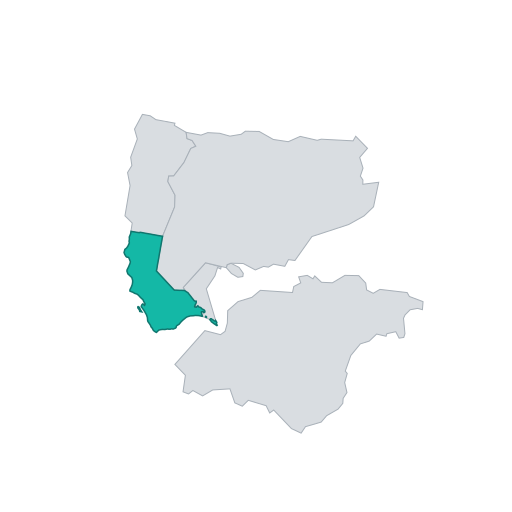 Oman highlighted among its neighbors, rotated 121°
{"feature_id": "OMN", "entity_name": "Oman", "entity_type": "country or territory", "adm_level": 0, "iso_a3": "OMN", "parent_name": "Asia", "parent_adm1": "", "projection": "robinson", "projection_center": [56.004, 21.502], "detail": "fine", "context": "with_neighbors", "style": "filled", "palette": "teal", "viewbox_px": 512, "rotation_deg": 121, "n_neighbors": 5, "source": "natural_earth", "source_scale": "50m", "svg_char_len": 5478}
<svg xmlns="http://www.w3.org/2000/svg" viewBox="0 0 512 512"><g transform="rotate(121 256 256)"><path d="M283.4,280.2L285.3,279.6L285.7,283.0L294.2,281.0L309.7,281.7L332.0,257.4L334.1,261.7L335.5,271.6L330.0,271.7L329.1,279.9L331.0,281.6L326.1,284.1L326.1,289.3L320.4,302.2L287.8,295.8L283.4,280.2Z" fill="#d9dde1" stroke="#a8b0b8" stroke-width="1"/><path d="M275.1,273.8L274.5,264.6L277.4,258.0L280.4,256.7L283.6,260.6L283.7,268.0L281.3,275.4L278.3,276.3L275.1,273.8Z" fill="#d9dde1" stroke="#a8b0b8" stroke-width="1"/><path d="M251.9,208.7L246.2,202.1L246.2,195.4L242.8,195.4L244.8,186.3L239.6,176.7L226.8,169.8L219.9,157.8L222.7,148.0L228.1,143.7L227.6,136.3L220.8,132.6L209.5,107.6L211.7,103.7L209.1,89.3L216.3,85.7L217.7,90.5L222.7,96.2L229.7,97.9L233.4,97.5L245.9,88.3L249.7,87.4L252.7,91.0L248.9,97.2L255.2,103.8L257.8,103.2L260.8,112.4L270.6,115.1L277.6,121.3L292.4,123.5L308.7,120.2L309.7,117.3L318.8,114.8L326.2,107.7L333.1,108.0L337.6,105.7L345.0,106.8L356.5,113.2L364.8,114.6L376.8,125.7L384.6,126.1L385.7,136.7L378.9,161.5L383.5,163.4L379.1,170.2L383.7,188.3L391.8,190.4L392.8,198.5L383.3,209.9L393.1,224.1L403.4,229.7L403.8,240.8L409.0,242.8L410.0,248.6L394.6,255.1L390.7,269.7L346.3,261.4L341.7,245.9L336.5,243.7L328.3,246.0L317.4,252.1L304.3,247.9L293.5,238.2L283.2,234.6L268.5,205.9L262.7,207.9L256.0,203.8L251.9,208.7Z" fill="#d9dde1" stroke="#a8b0b8" stroke-width="1"/><path d="M287.5,346.2L299.5,375.8L291.5,379.1L289.1,389.0L260.5,400.2L250.6,409.1L242.4,409.0L235.9,414.3L216.8,418.0L209.8,425.5L193.1,426.3L190.3,418.9L190.7,412.1L183.9,393.9L186.1,393.2L186.0,379.6L190.9,375.6L189.9,370.3L192.9,364.1L197.4,367.3L213.0,365.9L229.8,367.8L232.5,372.0L237.6,369.9L245.6,356.7L255.9,351.0L287.5,346.2Z" fill="#d9dde1" stroke="#a8b0b8" stroke-width="1"/><path d="M106.3,215.9L118.1,217.9L125.6,209.5L133.8,207.7L135.8,203.5L139.5,201.4L129.6,188.8L153.3,180.6L165.9,184.0L181.3,192.8L210.5,218.1L239.8,220.3L242.4,226.3L250.0,226.0L254.0,236.8L259.2,239.7L261.0,244.1L268.3,249.4L269.0,263.0L275.1,273.8L278.3,276.3L281.3,275.4L287.8,295.8L320.4,302.2L322.6,299.5L327.6,308.4L320.3,333.6L287.5,346.2L255.9,351.0L245.6,356.7L237.6,369.9L232.5,372.0L229.8,367.8L213.0,365.9L197.4,367.3L192.9,364.1L189.9,370.3L190.9,375.6L186.0,379.6L180.7,365.4L175.1,360.9L169.5,350.3L166.7,340.1L159.3,331.4L154.5,329.4L147.6,317.4L147.2,301.2L141.4,287.2L130.7,279.7L125.3,263.1L122.3,260.3L107.3,232.1L102.0,232.2L106.3,215.9Z" fill="#d9dde1" stroke="#a8b0b8" stroke-width="1"/><path d="M299.2,375.8L298.6,374.1L297.9,372.5L297.3,370.8L296.6,369.2L296.1,368.0L295.4,367.6L294.9,366.4L294.4,365.1L293.9,363.8L293.5,362.6L293.0,361.3L292.5,360.1L292.0,358.8L291.5,357.6L291.1,356.3L290.6,355.0L290.1,353.8L289.6,352.5L289.2,351.3L288.7,350.0L288.2,348.8L287.7,347.5L287.2,346.2L288.8,345.7L290.7,344.9L292.6,344.2L294.4,343.5L296.3,342.8L298.2,342.1L300.1,341.3L302.0,340.6L303.9,339.9L305.7,339.2L307.6,338.4L309.5,337.7L311.4,337.0L313.3,336.3L315.1,335.6L317.0,334.8L318.9,334.1L320.1,333.7L320.6,332.0L321.0,330.6L321.4,329.2L321.8,327.8L322.2,326.4L322.6,325.0L323.0,323.6L323.4,322.2L323.8,320.8L324.2,319.5L324.6,318.1L325.0,316.7L325.4,315.3L325.8,313.9L326.2,312.5L326.6,311.1L327.0,309.7L327.3,308.4L326.6,307.2L325.7,305.5L324.8,303.8L323.8,302.2L323.2,301.0L322.4,299.6L322.5,297.7L322.5,296.8L322.5,295.4L323.3,293.5L324.2,291.0L324.9,289.3L325.4,287.9L325.9,286.7L326.2,285.6L326.0,284.7L325.7,284.4L325.5,284.0L326.3,283.4L327.9,283.0L328.8,283.1L330.1,282.8L331.1,282.5L331.2,282.1L330.9,281.5L330.5,280.6L329.1,280.5L328.6,280.2L329.1,278.9L329.1,278.4L328.9,277.9L328.7,277.1L328.8,276.0L329.1,275.3L329.1,274.7L329.0,273.4L329.0,272.4L329.3,271.8L329.8,271.3L330.3,271.0L330.8,271.1L331.2,271.3L331.4,271.9L331.3,272.2L331.0,272.3L330.9,272.5L331.3,273.2L331.9,274.0L332.4,273.9L332.9,273.3L333.5,272.8L334.1,272.4L334.6,271.6L335.1,271.0L335.4,271.0L336.5,274.3L338.2,277.4L339.6,279.1L341.1,281.4L343.4,283.5L344.5,284.2L348.7,285.7L351.0,286.3L354.2,286.8L356.4,288.0L357.2,288.1L358.3,287.7L359.2,287.8L361.3,289.4L361.9,290.9L362.8,291.7L363.6,292.9L364.1,294.2L365.9,296.2L367.2,298.5L368.5,300.1L369.7,301.2L371.4,301.6L372.8,302.0L372.9,303.2L372.8,304.6L372.6,305.7L371.3,307.8L371.0,309.1L369.5,311.2L367.9,314.8L367.2,315.6L364.7,317.4L362.8,319.6L360.6,323.5L358.9,327.3L358.2,328.5L356.9,328.7L356.0,328.6L355.3,328.3L355.6,327.2L355.7,326.1L354.9,326.2L354.2,326.4L352.5,329.3L351.6,330.5L351.4,332.1L350.9,334.2L350.3,336.1L350.0,337.7L350.0,338.6L350.5,340.8L350.5,343.0L350.8,344.4L351.0,346.0L350.2,346.5L349.6,346.7L346.9,346.9L344.1,347.4L341.7,348.4L340.3,349.3L338.4,351.4L337.3,356.7L335.4,358.9L334.2,359.4L331.2,359.6L327.0,360.2L325.5,360.8L323.1,364.0L322.9,365.0L323.4,365.8L323.5,366.6L323.3,367.3L322.2,369.4L321.0,370.9L317.8,371.8L316.6,371.3L315.5,371.0L313.4,370.9L310.0,371.3L308.8,372.4L306.8,373.2L305.0,374.4L301.6,374.9L299.2,375.8ZM334.5,262.5L334.2,262.8L333.9,262.8L333.2,262.6L332.8,262.0L332.9,261.3L332.9,260.0L333.1,258.8L333.0,257.5L332.5,257.2L332.1,257.3L333.0,255.5L333.4,255.2L333.7,255.3L334.5,255.1L335.0,254.2L335.3,253.6L335.7,253.7L335.9,254.0L335.7,255.5L335.7,256.7L335.3,260.6L334.8,261.2L334.6,261.8L334.5,262.5ZM360.9,330.9L360.3,331.1L360.1,331.0L360.1,329.4L361.6,327.4L362.7,325.1L363.4,327.1L362.2,328.3L361.5,330.3L360.9,330.9ZM334.3,267.7L333.8,268.1L333.5,268.0L333.6,267.3L333.8,266.9L334.2,266.9L334.3,267.2L334.3,267.7Z" fill="#14b8a6" stroke="#0f766e" stroke-width="1.5"/></g></svg>